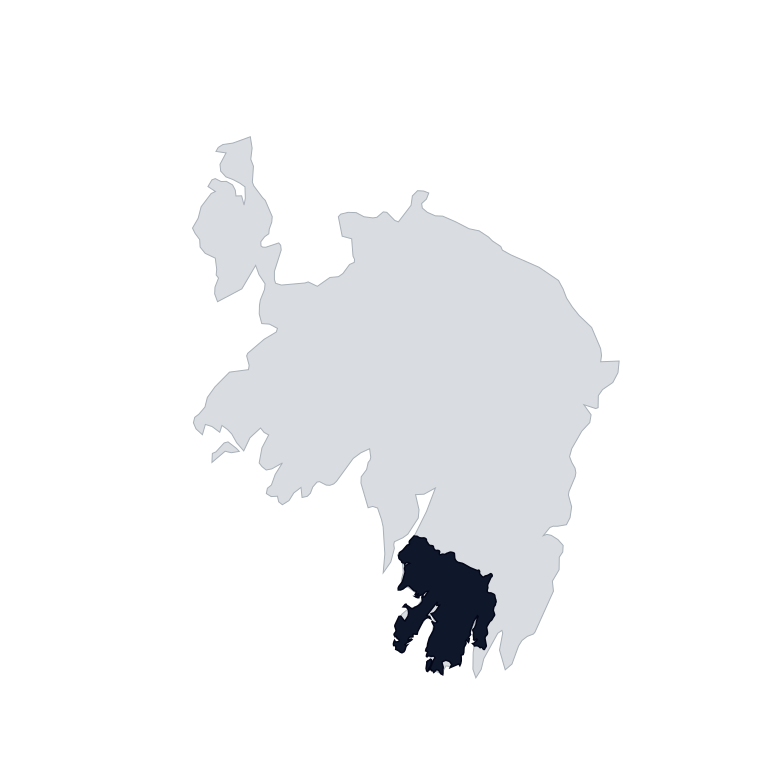 Kerry highlighted on a map of Ireland, rotated 311°
{"feature_id": "IRL-725", "entity_name": "Kerry", "entity_type": "County", "adm_level": 1, "iso_a3": "IRL", "parent_name": "Ireland", "parent_adm1": "", "projection": "orthographic", "projection_center": [-9.777, 52.132], "detail": "fine", "context": "in_parent", "style": "filled", "palette": "ink", "viewbox_px": 768, "rotation_deg": 311, "n_neighbors": 0, "source": "natural_earth", "source_scale": "10m", "svg_char_len": 9571}
<svg xmlns="http://www.w3.org/2000/svg" viewBox="0 0 768 768"><g transform="rotate(311 384 384)"><path d="M462.7,142.6L450.0,152.2L448.1,155.7L445.0,169.9L444.7,173.9L437.0,189.8L432.5,193.1L425.6,195.8L421.8,198.5L416.8,197.3L410.5,197.7L407.5,200.6L407.7,202.7L409.7,205.1L421.4,212.0L420.9,215.0L417.7,218.5L397.1,227.4L391.0,232.7L388.9,236.1L391.3,241.6L408.4,258.1L411.3,259.8L414.0,269.6L428.9,273.3L435.1,279.2L440.4,280.5L451.7,279.6L456.3,281.8L458.8,279.9L460.2,276.7L472.4,264.3L468.1,255.5L480.3,239.8L483.8,239.9L490.0,244.3L495.1,250.6L497.1,259.2L502.1,266.7L505.2,269.3L513.4,270.5L515.4,273.5L514.5,284.8L515.8,288.5L536.6,287.2L544.6,282.0L551.9,282.5L555.7,287.4L557.5,292.5L551.4,294.7L544.9,294.0L541.9,297.5L542.0,304.1L544.6,312.4L549.2,318.2L553.4,331.6L557.0,346.4L562.0,355.3L563.5,366.5L563.1,372.0L564.4,381.9L562.7,385.5L564.6,394.8L573.8,424.4L576.6,447.8L573.2,456.8L568.6,465.4L565.7,475.5L563.7,486.3L562.9,503.6L552.8,524.3L548.2,529.5L542.9,532.9L555.6,546.4L546.0,553.2L535.3,555.7L523.2,552.6L515.8,553.4L506.6,561.1L504.4,559.9L499.5,548.4L496.6,560.5L489.9,564.6L478.1,564.2L458.4,568.1L450.9,571.7L448.0,577.2L445.8,583.4L442.8,587.1L439.4,589.1L424.2,594.1L421.2,596.0L414.4,606.2L405.2,612.1L397.5,614.0L390.6,608.4L387.7,605.0L384.5,603.3L374.0,603.7L377.3,605.5L379.5,609.5L380.7,617.3L379.7,625.1L374.5,629.1L368.3,629.9L358.7,638.0L345.7,640.4L338.8,647.8L295.9,660.7L293.4,660.8L287.5,657.7L281.0,656.4L274.6,657.4L256.6,664.3L247.8,663.0L259.0,645.7L273.9,637.0L275.4,634.6L270.5,633.4L242.2,639.5L232.3,644.6L222.5,646.1L227.1,638.2L239.8,627.5L250.7,620.5L255.5,614.1L268.8,606.9L225.8,621.7L214.5,619.8L211.9,615.7L203.1,617.6L199.8,607.5L212.9,592.5L220.5,586.0L229.5,582.5L238.2,577.5L241.4,571.3L237.3,569.4L211.5,570.8L199.1,569.4L199.8,564.5L202.2,559.1L215.0,549.9L221.9,548.5L228.1,549.4L239.0,554.9L253.5,553.1L247.4,547.2L246.4,535.2L241.8,531.1L247.7,525.5L254.4,522.2L265.6,510.6L269.6,508.8L291.8,505.9L315.7,499.7L339.3,491.0L327.1,486.5L321.2,480.4L312.0,493.0L305.3,497.8L286.3,500.5L280.3,499.1L271.8,495.3L269.2,496.7L266.7,499.7L254.1,505.9L240.9,507.3L256.3,496.1L275.7,477.0L280.1,471.0L286.2,460.5L284.2,455.8L280.2,453.2L294.1,431.6L299.0,427.7L308.0,427.0L314.5,423.5L317.4,423.4L320.0,422.1L325.7,415.6L316.8,411.6L307.6,409.6L279.3,412.0L275.6,411.6L272.0,409.6L269.8,406.7L268.0,399.4L266.0,397.8L259.6,397.8L253.3,400.1L248.9,399.8L244.6,396.6L251.5,389.2L242.6,387.4L233.7,388.8L226.2,386.5L226.0,381.8L229.4,377.2L225.0,372.7L224.1,367.1L228.8,364.4L233.9,365.3L244.4,361.2L257.8,359.1L246.3,355.0L241.8,351.5L241.6,346.2L242.5,341.6L255.7,333.8L269.9,330.4L268.8,325.2L269.8,319.7L255.5,318.1L241.5,322.0L243.0,311.4L246.4,301.9L247.0,295.6L246.4,288.9L239.8,291.7L239.1,282.2L236.3,275.7L226.6,280.2L226.8,271.6L229.7,265.6L234.7,263.0L239.7,264.1L249.1,264.0L258.0,259.5L271.0,258.3L291.6,259.6L305.9,272.3L309.6,270.0L315.1,261.9L317.8,261.0L339.2,264.2L352.6,268.6L356.1,267.1L354.0,258.2L349.4,252.1L355.0,243.9L361.8,238.3L366.4,235.5L377.0,231.8L381.6,228.5L384.5,218.0L389.3,209.3L362.6,214.3L336.9,204.4L340.9,197.1L346.2,192.9L355.4,189.6L356.2,185.8L360.8,182.5L368.3,174.1L365.3,163.3L366.7,155.4L372.1,150.1L373.7,142.7L376.0,137.2L387.2,135.0L397.8,129.7L414.4,128.6L418.7,130.5L417.5,121.6L425.2,120.2L428.3,121.9L429.9,128.2L433.5,132.1L434.9,139.1L432.7,144.6L428.8,148.9L432.6,153.1L427.2,161.0L433.2,157.5L441.6,149.7L441.0,143.5L439.2,135.8L436.6,128.8L437.5,121.1L442.2,116.1L454.8,113.2L449.3,104.6L453.9,103.7L459.0,105.3L466.7,111.9L482.9,120.9L475.5,129.7L466.2,136.0L462.7,142.6ZM238.6,314.9L238.2,319.0L232.0,313.9L229.0,308.2L211.9,305.6L219.0,300.0L222.5,301.7L234.6,302.0L238.0,304.3L238.6,314.9Z" fill="#d9dde1" stroke="#a8b0b8" stroke-width="1"/><path d="M245.6,624.1L246.0,623.5L246.2,621.1L247.3,621.9L248.9,622.2L252.3,622.1L252.3,621.1L251.6,621.0L249.8,620.2L249.8,619.3L251.0,618.5L253.3,615.9L255.0,614.9L256.1,613.0L256.5,612.3L257.2,612.2L259.5,612.3L262.4,611.4L267.6,608.5L270.4,607.5L270.4,606.5L264.0,607.3L254.7,610.9L253.0,611.9L252.3,612.8L251.7,613.8L248.8,613.8L247.5,614.2L248.0,615.3L245.3,617.0L244.4,617.2L244.6,616.6L244.8,614.9L245.0,614.2L243.7,614.2L243.0,614.8L242.5,615.6L241.9,616.2L240.9,616.5L238.8,616.9L237.7,617.2L233.8,620.3L231.8,621.2L229.8,620.1L228.0,622.0L225.8,623.9L223.4,625.3L221.2,626.0L221.8,624.1L213.4,620.0L216.8,619.0L217.6,615.5L216.1,611.9L212.5,610.2L211.5,610.9L209.3,614.3L208.3,615.1L207.2,615.7L204.4,618.3L203.1,619.1L202.6,617.2L203.7,613.1L203.1,611.2L201.8,610.9L200.0,611.0L198.9,610.8L199.5,609.2L199.5,608.5L199.3,608.3L199.0,608.3L198.9,608.2L199.1,607.7L199.3,607.3L199.5,606.9L199.5,606.3L199.2,606.2L198.6,606.3L198.3,606.2L198.3,605.3L201.3,604.9L208.6,602.3L210.2,602.3L210.9,601.9L211.2,600.9L211.1,599.9L210.8,599.5L209.6,598.7L208.8,597.1L207.9,595.7L206.3,595.5L206.3,594.6L207.3,593.9L209.5,593.1L210.6,592.6L209.9,590.5L211.7,589.5L214.2,589.0L216.5,587.4L222.1,584.8L230.5,583.0L234.0,580.9L236.0,576.1L236.6,576.1L236.6,578.6L237.4,579.7L238.7,580.0L239.9,580.0L239.6,578.6L241.5,570.2L244.2,571.8L247.0,572.0L253.5,571.1L252.9,570.5L252.1,569.6L251.6,569.1L254.7,567.2L237.2,568.1L238.4,571.1L237.8,572.7L237.4,573.4L236.9,571.0L236.0,570.1L234.9,569.5L233.6,569.1L231.0,568.9L219.1,571.9L217.0,573.2L216.1,572.3L215.2,570.9L214.3,570.1L213.4,570.4L212.8,571.3L212.1,571.7L209.9,569.4L208.9,569.3L206.4,570.0L206.4,570.9L207.3,570.9L208.0,571.1L209.5,571.9L209.5,572.8L207.3,572.4L203.1,570.9L201.0,570.9L201.1,571.8L201.4,572.3L202.3,572.8L200.4,572.8L196.9,574.4L195.0,574.7L192.9,573.9L192.3,572.2L192.2,569.8L191.4,566.9L192.2,566.4L193.8,564.9L193.8,564.1L192.9,562.9L194.0,561.6L195.9,560.6L197.5,560.1L196.9,562.0L198.8,563.7L199.9,564.1L200.8,563.6L201.0,562.4L200.7,561.4L200.7,560.4L201.7,559.1L200.9,558.4L200.5,558.3L201.3,556.1L202.4,555.5L203.7,555.5L205.4,555.2L206.4,554.1L208.3,551.0L209.3,550.4L218.4,547.8L219.8,549.0L218.7,554.4L218.9,555.3L224.6,554.4L227.2,552.9L229.6,550.3L230.3,547.3L228.3,544.6L231.3,544.5L232.3,545.0L231.9,546.5L232.3,548.6L232.4,550.8L232.7,552.6L234.0,553.4L235.4,553.6L238.1,554.9L241.0,555.6L244.7,555.6L245.9,554.9L247.8,552.5L248.8,552.0L249.8,552.4L249.2,552.9L248.7,553.4L250.1,554.3L256.5,553.4L255.1,552.0L253.9,551.6L251.1,551.5L248.2,549.9L246.9,549.6L245.6,550.5L244.9,549.8L244.5,549.0L244.1,547.9L243.9,546.5L245.0,547.6L245.8,548.2L246.7,548.2L248.1,547.5L246.9,546.9L246.4,546.6L245.6,546.5L245.6,545.5L246.5,545.5L248.7,544.6L247.7,542.2L248.0,535.2L246.6,533.7L242.0,532.9L239.5,531.7L237.9,529.9L239.2,528.6L240.9,528.0L246.8,527.6L255.5,523.5L256.7,522.5L258.0,520.6L259.4,519.7L261.7,519.7L264.0,520.3L265.5,521.1L265.1,519.2L264.1,518.2L262.7,517.9L261.2,518.1L261.7,517.4L261.9,516.6L261.7,515.9L261.2,515.2L261.2,514.2L261.9,513.3L262.1,512.5L261.9,510.8L262.2,509.7L264.2,507.2L264.7,507.7L265.3,507.3L266.0,506.6L266.9,506.3L270.5,507.2L277.4,507.2L278.1,507.5L278.9,508.1L279.7,508.4L280.6,507.7L281.2,506.8L281.8,506.4L282.5,506.2L289.1,506.4L289.6,507.3L290.8,508.9L291.0,510.2L291.2,511.4L292.0,512.8L292.7,513.7L293.8,514.8L294.3,515.5L294.6,516.3L294.7,517.3L294.5,517.9L294.2,518.3L293.8,518.6L293.5,519.0L293.3,519.4L293.1,519.8L292.9,520.9L292.7,521.5L292.4,522.2L292.2,523.3L292.2,524.0L292.4,524.6L292.8,525.4L293.2,525.8L293.5,526.3L293.9,527.1L293.8,527.7L293.6,528.1L293.3,528.4L293.0,528.8L292.6,529.3L292.4,530.0L292.2,531.1L292.2,531.7L292.4,532.3L292.6,532.6L293.6,533.6L293.9,534.0L294.3,534.8L294.3,535.4L294.1,535.8L293.8,536.2L292.5,536.8L292.1,537.2L291.9,538.0L292.0,538.5L292.3,538.8L293.7,539.5L294.0,539.8L294.6,540.6L295.1,541.4L295.4,541.7L295.8,542.0L297.3,542.4L298.6,543.2L299.9,543.8L300.3,544.1L300.8,544.5L301.1,544.9L302.1,546.7L302.4,548.1L302.2,548.4L298.9,551.7L298.3,552.9L297.9,554.1L297.8,555.5L297.9,556.2L298.0,556.9L298.5,557.8L298.8,558.3L299.1,559.0L299.9,560.4L300.1,560.9L300.4,561.9L302.0,569.7L304.1,575.9L304.6,576.9L304.8,577.1L305.0,577.3L305.3,577.5L305.7,577.6L305.8,577.8L305.7,578.2L305.5,578.8L305.4,579.0L305.0,579.4L304.2,579.9L303.7,580.6L303.4,581.5L303.1,583.9L303.1,585.0L303.4,585.7L303.8,585.9L304.9,586.1L305.4,586.3L305.8,586.5L307.3,587.6L309.2,588.4L310.4,588.7L310.7,588.8L311.0,589.1L311.1,589.6L311.1,590.1L310.9,590.7L310.5,591.3L310.1,591.6L309.5,591.8L308.5,591.6L307.9,591.7L300.9,593.8L299.7,594.5L299.4,594.8L298.5,595.9L297.7,596.4L296.4,597.0L295.9,597.3L295.5,597.8L295.0,598.5L294.9,599.2L295.0,599.7L295.2,600.1L295.4,600.5L296.4,601.6L296.6,602.0L297.4,604.7L297.4,605.4L297.3,606.0L296.9,606.6L295.9,607.7L295.1,608.8L294.5,609.9L293.3,611.4L292.8,611.7L291.7,612.0L291.3,612.3L290.5,612.8L290.0,613.0L288.3,613.1L287.3,613.5L285.3,614.7L284.7,615.2L284.2,616.0L283.3,617.6L282.8,618.4L282.3,619.0L281.9,619.2L281.4,619.3L279.1,619.6L277.4,620.0L276.5,620.1L275.9,620.1L274.9,619.8L273.7,619.8L268.4,620.8L267.9,621.0L267.4,621.4L264.7,624.8L264.0,625.5L263.6,625.8L263.1,626.0L262.6,626.2L260.2,626.2L259.7,626.3L259.2,626.5L258.4,627.0L258.1,627.3L253.7,632.8L253.4,633.1L252.9,633.3L252.4,633.4L251.3,633.5L249.8,633.9L249.3,633.8L249.1,633.4L249.0,632.9L249.1,632.4L249.4,631.4L249.5,630.9L249.3,630.5L249.1,630.2L248.2,629.7L248.0,629.3L248.1,628.8L248.1,628.3L248.1,627.7L247.9,626.8L247.4,625.9L247.1,625.5L246.5,624.9L246.0,624.5L245.6,624.1ZM205.7,599.4L206.7,599.6L207.0,600.5L206.4,601.6L204.8,602.6L201.4,604.2L198.3,604.5L197.4,605.3L195.7,605.6L195.4,604.5L196.9,602.4L201.5,599.4L202.3,598.6L203.9,598.7L204.5,598.9L205.2,599.5L205.7,599.4Z" fill="#0f172a" stroke="#020617" stroke-width="1.5"/></g></svg>